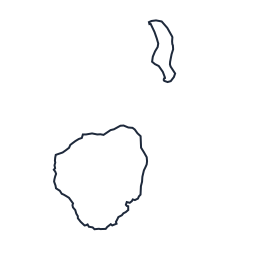 outline of Kauai, Hawaii, United States of America, rotated 133°
{"feature_id": "52423323B55631926154060", "entity_name": "Kauai", "entity_type": "district", "adm_level": 2, "iso_a3": "USA", "parent_name": "United States of America", "parent_adm1": "Hawaii", "projection": "natural_earth1", "projection_center": [-159.682, 22.006], "detail": "fine", "context": "isolated", "style": "outline", "palette": "slate", "viewbox_px": 256, "rotation_deg": 133, "n_neighbors": 0, "source": "geoboundaries", "source_scale": "gbopen_adm2", "svg_char_len": 1695}
<svg xmlns="http://www.w3.org/2000/svg" viewBox="0 0 256 256"><g transform="rotate(133 128 128)"><path d="M124.5,122.0L124.8,124.8L127.4,128.1L129.2,132.9L131.5,135.1L138.5,137.4L141.4,139.3L149.7,141.2L151.4,143.9L153.7,146.1L156.5,150.6L161.5,154.4L163.5,156.6L164.7,156.0L166.8,155.0L169.6,156.5L173.5,157.6L179.6,158.7L182.7,157.6L186.7,158.3L190.5,159.1L196.9,162.5L199.2,161.1L201.7,159.2L202.9,157.6L205.4,156.3L207.1,153.9L208.9,153.8L209.1,153.8L209.5,151.5L210.6,149.3L213.2,148.2L215.9,146.7L217.6,145.5L219.5,141.8L221.2,139.5L220.4,135.0L221.3,131.6L220.6,129.7L220.0,127.1L219.3,123.6L220.2,119.0L220.3,118.5L220.6,116.8L222.3,116.0L223.6,114.1L224.0,110.6L225.9,107.4L226.7,104.6L228.2,103.1L228.9,98.6L228.9,93.3L227.7,92.4L226.1,91.8L226.9,89.3L224.8,86.1L224.9,83.5L221.5,80.5L220.8,79.3L217.0,75.5L214.5,75.7L210.1,75.0L210.0,73.1L205.8,71.1L204.9,72.8L202.2,73.5L199.7,74.3L196.0,73.0L193.5,73.2L191.1,72.3L187.8,71.9L185.1,74.5L185.8,75.7L185.6,77.2L183.0,78.4L181.5,75.7L178.8,75.3L177.0,75.8L176.0,73.8L172.8,72.6L170.6,73.4L168.2,73.4L161.7,78.9L157.7,81.1L153.9,84.2L148.1,87.5L145.1,88.4L141.9,89.5L139.3,91.4L136.6,94.4L135.0,99.5L133.5,105.0L125.4,113.2L125.4,117.5L124.5,122.0ZM28.0,167.5L27.1,176.0L30.2,180.9L33.7,183.8L36.3,184.9L37.4,183.2L36.4,182.5L39.7,174.1L42.9,168.0L45.6,163.5L48.6,161.5L53.5,160.5L58.9,158.5L63.1,155.6L62.9,151.9L61.7,147.8L63.2,140.8L65.9,135.4L66.4,135.0L67.0,135.4L67.9,135.1L68.6,134.5L68.8,133.6L67.4,130.4L64.6,128.7L59.4,129.2L56.0,130.7L54.0,138.8L53.4,139.8L52.9,140.7L50.8,142.4L44.4,146.4L39.6,148.7L37.0,151.5L36.4,152.8L34.6,154.8L31.4,157.4L31.0,158.1L28.0,167.5Z" fill="none" stroke="#1e293b" stroke-width="2"/></g></svg>